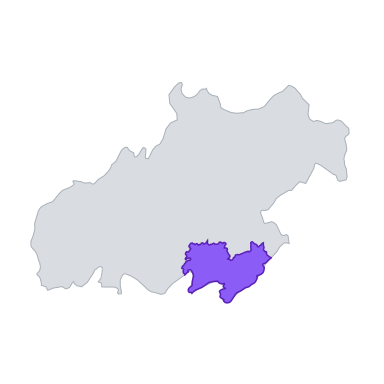 location of Zlatiborski within Republic of Serbia, rotated 280°
{"feature_id": "SRB-1505", "entity_name": "Zlatiborski", "entity_type": "District", "adm_level": 1, "iso_a3": "SRB", "parent_name": "Republic of Serbia", "parent_adm1": "", "projection": "equal_earth", "projection_center": [19.945, 43.584], "detail": "fine", "context": "in_parent", "style": "filled", "palette": "violet", "viewbox_px": 384, "rotation_deg": 280, "n_neighbors": 0, "source": "natural_earth", "source_scale": "10m", "svg_char_len": 8911}
<svg xmlns="http://www.w3.org/2000/svg" viewBox="0 0 384 384"><g transform="rotate(280 192 192)"><path d="M217.2,143.2L226.8,146.0L231.1,148.6L233.5,152.0L239.6,154.3L249.5,155.4L256.4,158.9L260.4,164.9L266.7,163.4L275.4,154.7L283.9,152.4L292.5,156.6L297.1,160.0L298.0,162.7L296.0,163.8L291.3,163.3L287.4,165.0L284.4,168.9L284.0,173.0L286.2,177.4L289.3,180.4L293.2,182.1L295.3,184.4L295.6,187.3L296.6,188.1L294.4,189.4L292.1,191.4L290.7,194.9L290.5,200.5L283.0,204.9L280.2,205.7L278.9,208.6L277.0,216.8L277.4,223.0L278.4,226.2L278.9,228.8L281.4,231.9L283.7,236.8L285.3,243.2L288.6,248.2L297.1,253.1L301.3,255.9L304.5,260.0L306.9,263.8L313.9,268.7L313.4,272.3L312.0,275.7L310.4,277.4L307.0,281.8L303.7,284.3L298.2,292.2L289.4,292.7L287.3,293.3L284.1,295.4L282.5,299.4L284.1,302.5L284.0,305.7L282.5,312.0L284.7,318.6L287.8,321.7L288.3,323.5L287.8,326.6L283.3,333.0L281.9,335.3L277.3,336.5L275.7,335.9L273.3,333.7L271.0,333.0L265.5,335.6L259.9,337.2L255.4,336.0L251.1,335.8L248.0,336.9L245.7,337.3L241.3,340.1L234.1,342.1L230.8,341.7L229.5,339.1L228.1,335.4L228.8,333.7L233.5,330.8L234.0,328.0L240.5,314.6L241.8,310.2L241.8,308.8L240.1,307.9L236.4,307.9L220.2,302.5L220.9,296.3L216.2,292.9L211.0,290.0L210.1,286.6L204.4,279.9L200.3,276.2L195.0,274.3L190.4,271.5L187.6,269.8L186.4,266.7L186.4,264.9L185.0,263.1L182.8,263.3L179.1,265.8L174.5,267.9L173.7,269.5L175.4,273.2L176.6,275.5L176.1,277.8L174.6,280.6L165.8,286.9L164.8,289.1L166.5,292.6L165.5,294.2L158.1,296.6L158.3,294.6L157.8,291.5L153.6,288.2L147.6,285.7L134.3,276.9L129.2,275.8L124.7,274.8L118.1,270.6L114.8,269.8L111.1,266.8L103.0,256.8L96.1,251.3L91.4,248.5L90.1,245.8L89.9,243.0L90.0,242.1L93.6,238.2L96.3,237.6L99.8,237.5L102.2,239.5L105.2,239.9L106.9,237.3L107.8,233.7L107.4,229.0L100.1,218.2L93.8,210.6L93.1,209.0L94.5,207.5L96.7,206.8L99.0,207.4L105.2,208.0L111.1,207.3L113.1,205.4L113.1,202.9L111.0,200.6L104.1,194.4L98.7,189.0L92.4,184.8L87.8,183.1L86.4,181.0L85.8,178.7L86.4,174.6L86.7,169.3L87.8,166.0L92.0,159.7L96.1,153.1L98.6,146.7L99.9,140.8L99.5,139.1L97.4,137.8L92.9,136.6L86.8,137.7L81.5,139.8L79.5,140.0L78.8,137.3L79.6,136.2L81.3,136.3L82.6,136.8L84.1,135.6L84.9,132.0L82.8,119.7L86.7,118.6L86.8,116.8L87.2,115.2L91.2,117.3L96.9,117.4L101.8,116.9L102.6,115.7L102.5,114.0L101.5,112.6L99.8,111.5L98.5,109.8L95.1,109.0L84.7,104.5L79.5,99.8L79.7,94.8L81.3,92.1L83.1,91.1L82.5,90.2L76.6,87.9L74.6,84.6L76.3,80.5L73.3,72.1L70.1,67.0L73.3,64.7L73.7,61.5L74.0,59.7L75.3,59.8L80.4,57.6L82.3,55.9L83.4,53.9L84.6,53.4L88.0,55.6L91.6,55.8L95.7,54.4L98.7,52.5L102.3,50.9L104.0,49.8L106.1,48.1L110.3,43.0L115.1,41.9L121.6,43.2L128.5,43.7L133.7,42.5L146.9,44.0L149.7,45.2L151.6,46.5L155.0,50.8L158.4,56.5L163.0,59.1L168.5,62.2L171.3,64.4L175.5,71.2L178.8,74.5L179.9,74.3L181.0,73.5L181.8,72.8L182.6,73.4L182.7,75.5L182.9,80.0L182.2,84.9L183.4,89.5L183.4,90.9L182.6,92.2L182.7,93.4L183.8,94.7L188.3,97.7L192.5,102.4L197.3,105.7L201.8,107.8L204.6,108.0L209.2,111.8L218.3,114.5L221.2,115.5L223.2,117.0L224.6,118.8L224.7,120.8L223.3,121.7L221.4,124.4L220.6,127.6L219.2,128.4L217.7,128.4L216.7,129.4L216.9,130.8L218.2,132.1L220.1,133.3L223.7,134.5L227.3,136.2L227.2,137.6L226.5,139.1L222.0,139.7L218.6,139.9L217.1,140.5L217.2,143.2Z" fill="#d9dde1" stroke="#a8b0b8" stroke-width="1"/><path d="M111.0,266.4L108.8,264.7L108.2,263.8L107.2,261.6L106.4,260.6L103.0,257.1L100.5,253.6L99.5,252.9L91.4,249.4L89.9,248.2L88.9,246.1L88.9,243.9L90.1,242.1L91.4,242.1L92.1,240.8L92.7,239.1L93.5,237.8L94.1,237.7L95.6,237.9L96.3,237.9L97.0,237.5L98.4,236.5L99.0,236.3L100.0,236.9L101.0,238.1L101.9,239.6L102.3,240.8L102.8,241.5L103.3,240.9L104.1,239.2L104.8,239.1L107.0,240.0L107.5,239.7L107.6,239.4L107.4,239.0L107.0,238.7L106.7,237.8L106.7,236.8L106.8,235.7L107.0,234.7L108.5,233.3L108.4,231.3L107.0,227.0L105.9,224.5L99.8,218.4L96.7,213.6L94.9,211.4L92.9,209.9L92.2,209.5L92.9,208.9L93.0,208.4L92.7,207.4L92.7,206.8L93.1,206.1L93.6,205.7L94.8,205.3L95.6,205.3L96.4,205.5L97.9,206.5L99.4,207.9L100.2,208.3L101.0,208.3L101.9,208.0L105.0,207.8L108.4,208.1L109.8,208.0L111.2,207.5L113.7,205.8L114.7,204.8L115.2,203.5L114.7,202.1L114.0,201.5L113.5,201.7L113.1,202.1L112.9,202.3L112.3,201.9L111.4,200.8L109.5,199.8L109.1,199.3L109.8,199.1L110.1,198.8L110.7,197.7L111.0,197.5L111.7,197.3L112.5,197.0L112.8,197.0L113.8,197.2L114.0,197.2L114.4,197.1L114.6,196.8L114.8,196.4L115.1,195.9L115.2,195.7L115.1,195.3L115.7,195.2L116.2,195.2L116.9,195.5L117.4,195.6L117.6,195.8L117.8,196.2L118.4,196.6L119.7,197.0L120.2,197.2L120.5,197.4L120.9,197.8L121.2,198.0L121.5,198.1L122.0,198.0L122.3,198.2L122.7,198.6L123.2,199.1L123.4,199.4L123.5,199.7L123.6,199.9L124.1,200.5L124.3,200.8L124.4,201.1L124.4,201.3L124.3,201.7L124.3,201.8L124.4,202.0L124.6,202.1L124.9,202.2L125.8,202.3L126.1,202.2L126.3,202.1L126.5,201.7L126.5,201.0L126.4,200.6L126.2,199.9L125.8,199.0L125.5,198.6L124.8,198.1L124.5,197.8L124.3,197.7L124.4,197.3L124.8,197.1L125.1,197.0L125.4,197.0L125.7,197.0L126.0,197.2L126.5,197.7L127.4,198.2L127.5,198.2L127.8,198.1L128.2,197.6L129.0,197.4L129.2,197.1L129.4,196.5L129.5,196.4L129.8,196.3L131.0,196.4L131.4,196.5L131.8,196.7L132.2,197.0L132.3,197.2L132.3,197.5L132.0,197.9L132.0,198.1L132.1,198.4L132.4,198.8L132.8,199.2L133.4,199.4L134.2,199.8L134.6,200.1L134.9,200.3L135.6,200.4L136.3,200.5L136.5,199.7L136.7,199.3L137.1,199.1L138.2,198.3L138.4,198.6L138.6,198.8L138.8,198.8L139.5,198.8L139.8,198.9L141.3,199.7L141.7,200.8L141.8,201.1L141.8,201.3L141.7,201.5L141.3,202.0L141.1,202.3L141.1,202.7L141.1,202.8L141.3,203.2L141.3,203.4L141.2,203.6L140.9,204.0L140.9,204.5L141.0,204.6L141.8,205.2L142.0,205.5L142.0,205.8L141.8,206.1L141.2,206.8L140.9,207.5L140.9,207.8L141.0,207.9L141.5,208.0L141.6,208.4L141.4,208.8L141.4,209.0L141.5,209.2L141.8,209.4L142.7,210.0L143.0,210.1L143.3,210.1L143.5,210.6L143.7,211.1L143.7,211.3L143.7,211.6L143.4,211.9L142.9,212.2L142.8,212.4L142.8,212.5L142.7,212.7L142.9,213.0L143.5,213.9L144.5,214.7L145.2,215.0L145.8,215.3L146.8,215.7L145.6,216.0L145.2,216.0L144.5,215.9L144.2,216.0L143.9,216.3L143.5,216.9L143.1,217.3L142.8,218.0L142.8,218.4L142.8,218.5L143.1,218.9L143.6,219.2L143.8,219.4L143.9,219.7L143.9,220.0L143.8,220.5L144.3,221.2L144.8,221.6L145.0,221.8L145.2,222.0L145.3,222.3L145.3,222.6L144.8,223.1L144.7,223.4L144.6,223.5L144.8,224.3L144.8,225.2L144.9,225.7L144.9,226.1L145.1,226.4L146.1,227.1L146.4,227.3L147.2,227.6L147.3,227.7L147.4,227.8L147.4,228.4L147.6,229.0L147.3,229.7L147.1,230.3L146.7,230.8L146.7,231.1L147.0,231.5L147.6,231.9L147.8,232.1L147.9,232.4L147.9,232.7L147.9,232.9L147.6,233.5L147.4,234.1L147.1,234.4L146.8,234.5L146.5,234.5L145.4,233.9L144.9,233.7L144.1,233.6L143.5,233.8L143.4,233.8L143.1,233.7L142.9,233.5L142.5,233.5L142.5,233.8L142.7,234.1L142.7,235.0L142.6,235.5L142.7,236.0L142.5,236.4L142.1,236.7L141.5,236.9L141.2,236.8L140.5,236.5L140.2,236.5L139.9,236.7L138.4,238.0L137.6,238.3L137.4,238.5L136.5,239.5L136.3,240.0L136.1,240.2L135.1,240.5L134.9,240.6L134.6,240.5L134.4,240.4L134.0,240.0L133.2,239.4L132.2,238.8L132.1,239.3L132.1,239.8L132.1,240.1L132.3,240.5L132.4,240.8L132.2,241.1L131.7,241.4L131.5,241.6L131.4,241.7L131.3,241.8L131.3,242.0L131.7,242.6L131.9,243.1L132.0,243.2L132.3,243.5L132.6,243.8L133.0,244.0L134.0,244.1L134.7,244.4L134.9,244.6L135.1,245.2L135.3,245.4L135.7,245.5L136.8,245.6L137.3,245.7L137.6,245.9L137.7,246.1L137.8,246.3L137.9,246.9L138.0,247.1L138.3,247.5L138.4,247.9L138.3,248.5L138.3,248.9L138.3,249.1L138.7,249.9L139.0,250.4L139.3,250.7L139.4,250.8L139.7,251.6L140.5,252.5L140.8,253.3L140.9,253.5L141.5,254.1L142.1,254.9L142.1,255.0L142.2,255.5L142.6,256.1L142.7,256.5L143.3,257.2L143.4,257.4L143.4,257.5L143.4,257.8L143.3,258.0L143.0,258.3L143.0,258.6L143.1,258.8L143.3,259.2L143.6,259.4L144.1,259.7L144.7,260.3L144.8,260.3L145.1,260.3L145.8,260.0L147.0,259.8L147.9,259.5L148.1,259.4L149.3,259.4L149.8,259.3L150.5,259.1L151.4,258.9L151.9,258.7L152.1,258.7L152.7,258.9L153.3,259.6L153.4,259.9L153.4,260.2L152.4,261.6L152.2,262.1L151.9,262.5L151.8,263.0L151.6,263.6L151.5,264.6L151.4,264.8L151.1,265.0L149.8,266.0L149.6,266.2L149.5,266.4L149.7,267.2L149.9,267.4L150.6,267.7L150.9,267.9L151.0,268.1L151.2,268.6L151.3,268.8L151.5,268.9L152.2,269.1L152.8,269.6L153.4,269.9L153.6,270.0L154.0,270.7L154.3,271.1L152.2,271.5L151.0,272.0L150.6,272.3L150.3,272.4L149.9,272.5L149.2,272.5L148.4,272.4L147.8,272.4L147.6,272.4L147.4,272.5L146.9,273.2L146.6,273.6L146.1,274.0L145.9,274.2L145.9,274.4L145.9,274.5L146.1,275.0L146.1,275.5L145.7,275.9L145.0,275.8L144.6,275.9L143.6,276.4L143.3,276.6L143.0,277.0L142.6,277.6L142.4,278.0L142.2,278.5L141.9,278.9L141.7,279.2L141.4,280.1L141.3,280.9L141.2,281.1L141.1,281.3L140.9,281.5L138.8,279.6L135.2,277.2L134.7,276.6L134.2,275.9L133.9,275.1L133.4,274.4L132.7,274.2L132.1,274.5L130.7,275.8L130.1,276.3L128.0,276.4L126.1,276.3L124.7,275.8L123.5,274.8L122.4,273.5L120.7,270.4L120.2,270.4L119.7,270.9L118.9,271.1L117.7,271.0L115.0,270.2L113.8,269.6L112.8,268.7L111.0,266.4Z" fill="#8b5cf6" stroke="#5b21b6" stroke-width="1.5"/></g></svg>